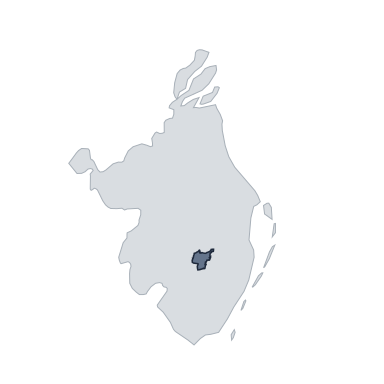 Steenwijkerland, Overijssel, Netherlands (highlighted), rotated 125°
{"feature_id": "6326949B44808907248526", "entity_name": "Steenwijkerland", "entity_type": "district", "adm_level": 2, "iso_a3": "NLD", "parent_name": "Netherlands", "parent_adm1": "Overijssel", "projection": "robinson", "projection_center": [6.02, 52.748], "detail": "fine", "context": "in_parent", "style": "filled", "palette": "slate", "viewbox_px": 384, "rotation_deg": 125, "n_neighbors": 0, "source": "geoboundaries", "source_scale": "gbopen_adm2", "svg_char_len": 6036}
<svg xmlns="http://www.w3.org/2000/svg" viewBox="0 0 384 384"><g transform="rotate(125 192 192)"><path d="M239.2,309.4L232.6,309.2L226.4,309.1L223.1,308.7L219.7,307.4L218.1,304.9L216.2,301.8L216.7,299.9L222.5,294.6L223.4,293.1L222.8,292.3L223.3,289.9L227.8,282.0L228.4,278.8L226.4,276.5L223.5,275.2L214.2,272.8L209.8,269.5L207.8,266.6L205.7,265.7L202.6,266.7L194.9,267.8L188.7,266.2L181.3,260.7L179.6,255.8L178.7,252.0L176.9,250.7L174.4,252.6L171.2,255.7L165.0,256.1L163.2,255.4L162.9,253.7L162.6,252.0L160.9,250.0L159.1,248.9L151.1,254.6L148.2,254.6L144.5,252.4L142.7,250.3L138.7,251.5L135.0,254.1L136.2,259.0L134.2,259.9L129.8,259.5L124.7,257.5L119.1,256.2L110.5,252.8L98.5,255.6L90.3,252.3L83.4,252.0L79.1,249.3L74.6,244.9L77.9,241.9L81.1,240.9L93.7,240.3L102.9,242.1L119.3,251.8L123.4,251.7L127.9,250.5L125.7,247.9L121.5,246.6L115.4,244.0L110.6,240.4L122.1,239.2L120.5,237.3L119.0,234.1L107.0,222.8L109.2,219.8L112.3,213.3L116.1,207.8L119.2,206.4L124.2,202.5L135.1,191.3L142.0,182.1L147.2,171.2L154.9,141.2L157.2,136.1L160.8,130.5L165.3,131.5L168.4,133.2L179.5,128.9L198.6,117.8L204.2,108.2L209.8,103.7L231.6,95.0L243.6,92.4L262.2,91.8L275.6,90.2L291.7,89.7L297.8,95.0L301.4,99.0L307.2,101.1L316.1,102.6L315.6,110.4L315.8,125.7L315.1,128.4L311.2,134.9L307.0,146.5L305.9,154.2L304.6,155.6L287.6,155.6L285.2,156.9L284.9,158.5L285.8,160.5L285.4,162.5L284.0,164.1L284.8,166.6L287.7,169.5L293.1,171.2L298.9,171.4L301.8,171.1L304.0,173.1L306.2,176.3L306.0,180.3L305.2,185.6L302.5,190.6L294.7,196.3L291.2,198.3L287.9,199.3L286.3,200.8L285.6,202.7L285.7,204.4L291.4,209.0L291.2,210.0L289.6,212.4L287.5,214.6L273.0,219.3L267.0,218.9L263.6,221.2L262.6,221.7L258.8,219.5L250.4,217.1L247.2,217.9L245.4,219.3L240.1,220.9L236.3,223.5L236.3,226.8L243.0,235.3L245.4,236.9L245.5,240.1L248.8,244.1L252.1,249.1L252.5,252.3L252.1,255.5L250.4,260.0L244.5,270.7L244.5,272.8L245.0,274.3L247.0,274.8L248.5,275.6L248.0,277.0L237.1,284.4L235.7,285.7L231.1,285.3L230.4,286.6L231.0,288.6L232.8,290.3L236.7,291.2L240.0,293.1L242.8,296.8L239.2,309.4ZM124.7,257.5L123.7,260.5L121.2,263.9L112.5,268.8L103.5,272.1L98.9,271.7L95.8,270.0L94.1,268.2L89.3,266.5L82.7,265.6L78.6,267.5L75.7,269.2L73.1,269.0L71.2,267.5L69.8,265.2L67.9,258.2L72.9,256.9L83.5,256.4L91.7,258.9L102.5,260.1L110.8,256.7L117.3,259.6L124.7,257.5ZM107.1,228.6L113.4,233.1L114.7,234.5L115.2,236.0L107.1,237.8L98.7,232.3L93.0,233.6L90.9,231.0L90.9,229.4L96.8,228.1L107.1,228.6ZM168.4,119.9L162.0,125.7L158.2,124.1L157.1,122.7L159.1,118.2L168.5,110.7L168.4,119.9ZM196.6,94.2L190.7,94.8L188.0,93.7L202.3,90.4L211.4,89.5L213.0,89.9L196.6,94.2ZM235.1,88.2L222.5,89.5L218.3,88.5L217.6,87.6L221.0,87.0L231.7,86.9L235.1,87.7L235.1,88.2ZM182.7,100.5L170.9,106.5L169.9,105.6L177.5,100.3L182.7,100.5ZM286.4,78.1L280.5,78.4L282.2,76.2L287.7,74.6L290.6,74.6L286.4,78.1ZM260.9,84.0L251.9,86.7L249.8,86.2L250.3,85.4L258.2,83.6L260.9,84.0Z" fill="#d9dde1" stroke="#a8b0b8" stroke-width="1"/><path d="M228.1,140.6L227.9,140.7L227.5,140.9L227.3,141.0L227.1,141.1L226.5,141.5L226.8,141.9L227.0,142.3L227.9,142.9L228.0,143.0L228.0,143.3L228.6,143.2L229.1,143.2L229.5,143.2L229.5,143.3L230.0,143.3L230.7,143.5L231.2,143.8L231.6,144.1L231.9,144.2L232.1,144.4L232.3,144.5L232.9,144.9L233.0,145.1L233.6,145.2L234.7,146.0L235.1,146.9L235.5,147.7L235.9,148.9L235.9,149.0L236.5,149.2L236.8,149.6L236.7,149.9L237.0,149.9L237.4,150.3L237.4,150.7L237.2,151.0L236.6,151.4L236.4,151.3L236.2,151.5L235.4,152.2L235.3,152.4L235.3,152.5L235.5,152.7L235.8,152.7L236.1,152.7L236.7,152.8L236.9,152.8L237.2,152.9L237.3,152.9L237.5,152.9L237.6,153.0L238.0,153.2L238.1,153.3L238.3,153.4L238.4,153.5L238.5,153.6L239.6,153.9L240.1,154.2L240.4,154.5L240.6,154.6L240.7,154.8L240.8,154.8L241.0,155.0L241.2,154.9L242.1,154.3L243.1,154.2L243.4,154.1L243.5,154.1L243.7,153.9L243.9,153.9L244.0,153.7L244.3,153.6L244.5,153.5L244.7,153.4L244.9,153.3L245.1,153.2L245.9,153.1L246.0,153.4L246.2,153.2L246.3,153.1L246.5,153.0L246.7,152.9L247.0,152.8L247.3,152.8L247.5,152.8L247.5,152.7L247.8,152.5L248.0,152.5L248.1,152.4L248.3,152.3L248.3,152.2L248.5,152.0L248.7,151.9L249.0,151.8L249.2,151.6L249.3,151.5L249.4,151.4L249.5,151.3L249.5,151.2L249.6,150.9L249.8,150.8L249.7,150.8L249.6,150.7L249.5,150.4L249.4,150.3L249.4,150.2L249.3,149.9L249.1,149.6L249.0,149.3L248.9,149.1L248.8,148.9L248.7,148.7L247.9,147.1L247.8,146.9L247.7,146.7L247.3,146.1L247.3,145.9L247.4,145.7L247.6,145.6L248.1,145.4L248.3,145.4L248.5,145.4L248.8,145.3L249.1,145.2L249.3,145.2L249.7,145.1L249.8,145.0L249.9,144.9L250.1,144.8L250.4,144.7L250.7,144.2L251.2,143.9L252.0,143.1L252.5,142.5L251.1,141.0L251.0,140.9L250.7,140.7L250.6,140.8L249.7,140.0L249.2,139.7L249.4,139.7L248.8,139.2L248.4,138.8L248.3,138.7L248.2,138.6L248.0,138.4L247.9,138.1L247.3,137.6L245.5,138.4L245.2,138.5L245.0,138.8L244.9,138.8L244.5,138.9L244.3,138.8L244.0,138.8L243.6,138.8L243.2,138.9L243.0,139.0L243.1,139.3L243.1,139.5L243.5,139.9L243.2,140.0L242.8,140.2L242.6,140.3L242.4,140.4L242.3,140.5L242.1,140.5L241.8,140.7L241.6,140.8L241.3,140.3L241.3,140.2L241.2,140.2L240.7,140.2L240.1,140.4L239.6,140.6L239.4,140.7L239.2,140.4L239.0,140.2L238.9,140.2L238.6,139.9L238.5,139.6L238.4,139.6L238.5,139.6L238.3,139.5L238.2,139.3L238.1,139.2L238.0,138.9L237.9,138.7L237.7,138.6L237.3,138.7L237.1,138.7L237.0,138.8L236.9,138.8L236.8,139.0L236.8,139.3L236.7,139.3L236.6,139.2L236.4,139.1L236.2,139.0L235.9,139.1L235.7,139.1L235.3,139.1L235.2,139.1L234.9,139.3L235.0,139.3L235.1,139.5L234.9,139.4L234.7,139.5L234.8,139.6L234.7,139.7L234.7,139.8L234.8,140.1L234.7,140.1L234.4,140.3L234.2,140.4L234.1,140.5L233.9,140.8L233.7,140.9L233.6,141.0L233.4,141.0L233.2,141.1L233.1,141.3L232.9,141.4L232.8,141.5L232.5,141.6L232.4,141.6L232.2,141.7L231.9,141.9L231.8,142.0L231.7,141.9L231.3,141.8L231.2,141.8L231.1,141.7L230.8,141.7L230.6,141.6L230.5,141.4L230.4,141.4L230.4,141.5L230.1,141.5L229.8,141.6L229.6,141.6L229.5,141.4L229.4,141.4L229.3,141.5L229.2,141.5L229.1,141.4L229.1,141.2L228.9,141.0L228.7,140.9L228.4,140.9L228.2,140.8L228.1,140.7L228.1,140.6Z" fill="#64748b" stroke="#1e293b" stroke-width="1.5"/></g></svg>